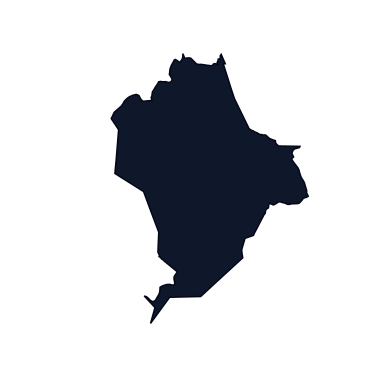 outline of Santana do Matos, Rio Grande do Norte, Brazil, rotated 117°
{"feature_id": "56859067B30783601838270", "entity_name": "Santana do Matos", "entity_type": "district", "adm_level": 2, "iso_a3": "BRA", "parent_name": "Brazil", "parent_adm1": "Rio Grande do Norte", "projection": "robinson", "projection_center": [-36.666, -5.904], "detail": "fine", "context": "isolated", "style": "filled", "palette": "ink", "viewbox_px": 384, "rotation_deg": 117, "n_neighbors": 0, "source": "geoboundaries", "source_scale": "gbopen_adm2", "svg_char_len": 2420}
<svg xmlns="http://www.w3.org/2000/svg" viewBox="0 0 384 384"><g transform="rotate(117 192 192)"><path d="M140.6,89.6L138.6,90.5L135.7,93.3L132.7,96.1L131.1,98.4L130.1,100.2L129.1,101.7L125.5,105.3L123.7,106.8L122.4,108.6L119.0,115.6L117.4,118.4L114.6,117.4L112.5,120.3L110.8,120.8L108.4,120.8L107.0,120.1L103.7,116.5L102.3,116.5L108.2,128.6L111.7,135.7L110.8,138.9L109.9,140.1L108.4,141.0L108.8,143.6L109.1,146.7L108.8,148.7L108.2,150.4L107.8,152.5L108.7,153.9L109.2,156.0L109.9,157.4L109.7,161.0L109.9,163.3L109.8,165.2L109.9,166.9L109.9,168.6L109.5,170.1L97.5,186.0L89.6,196.5L81.8,204.4L63.7,222.2L62.6,220.6L56.1,228.5L58.1,228.7L58.3,227.3L59.7,227.9L60.9,227.5L61.7,229.0L63.3,228.4L65.2,228.4L66.6,226.9L67.2,229.9L68.2,231.0L69.7,231.2L71.1,232.5L71.4,234.1L72.0,235.5L72.8,237.9L73.7,240.6L74.2,242.0L75.2,243.7L75.8,246.1L75.1,248.4L73.3,253.9L74.0,255.9L76.1,259.1L72.9,263.0L75.7,261.5L78.2,261.1L82.1,261.6L81.5,265.6L81.5,267.1L82.7,267.8L84.4,267.7L88.3,267.9L92.1,267.5L97.6,265.5L99.6,262.1L100.7,260.9L102.0,260.5L103.9,261.1L105.1,262.8L105.6,265.4L107.2,268.4L107.8,270.3L109.0,271.8L110.8,271.7L114.3,272.2L117.5,272.4L120.8,272.7L123.4,271.8L124.6,271.4L126.5,271.2L128.6,269.2L129.5,270.7L130.9,272.9L133.5,277.0L132.4,280.0L130.3,282.8L130.1,284.3L130.4,286.0L132.0,287.9L133.2,289.1L135.7,291.1L137.8,292.2L141.6,293.5L144.8,293.6L147.9,294.1L152.0,295.8L156.3,297.5L163.3,297.3L169.8,285.7L181.2,281.0L193.1,276.1L198.7,273.8L207.3,270.4L210.5,269.1L213.6,235.3L218.9,229.6L228.3,219.4L242.9,203.4L261.0,195.1L262.4,193.5L263.1,192.2L264.5,192.1L264.7,190.3L265.6,188.3L265.6,186.8L266.2,185.2L269.8,168.8L273.4,169.3L275.5,169.5L277.5,168.7L281.5,165.6L283.3,166.1L284.1,168.0L284.3,169.6L285.4,171.7L286.3,173.0L287.8,174.5L289.2,175.8L291.4,177.2L293.1,176.4L295.0,175.7L296.3,175.3L298.3,175.0L302.2,175.3L304.5,175.3L306.4,176.0L307.6,177.4L307.5,179.7L306.7,182.1L306.2,183.7L306.0,185.1L306.3,187.4L311.8,172.5L327.9,169.3L295.9,164.1L281.2,136.8L261.6,129.6L227.6,116.9L224.5,119.2L221.9,120.9L220.4,121.6L209.2,123.7L202.7,117.5L201.4,117.7L179.7,117.5L178.0,117.1L175.8,117.7L174.1,118.2L171.4,116.7L169.1,117.6L166.9,118.0L166.6,113.6L165.1,112.4L162.5,110.9L161.3,110.1L160.6,108.6L160.4,106.7L159.8,104.6L159.6,101.0L158.6,99.3L157.5,98.2L154.4,92.6L153.2,91.4L150.4,90.5L147.0,89.9L144.6,87.5L143.0,86.5L140.6,89.6Z" fill="#0f172a" stroke="#020617" stroke-width="1.5"/></g></svg>